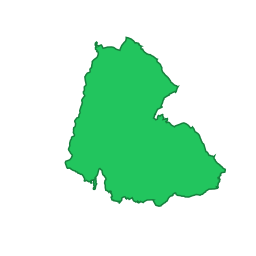 Obarsia-Closani, Mehedinti, Romania, rotated 336°
{"feature_id": "2599482B76871015432444", "entity_name": "Obarsia-Closani", "entity_type": "district", "adm_level": 2, "iso_a3": "ROU", "parent_name": "Romania", "parent_adm1": "Mehedinti", "projection": "mercator", "projection_center": [22.671, 45.057], "detail": "fine", "context": "isolated", "style": "filled", "palette": "green", "viewbox_px": 256, "rotation_deg": 336, "n_neighbors": 0, "source": "geoboundaries", "source_scale": "gbopen_adm2", "svg_char_len": 5870}
<svg xmlns="http://www.w3.org/2000/svg" viewBox="0 0 256 256"><g transform="rotate(336 128 128)"><path d="M195.7,188.7L194.6,189.0L194.0,188.7L193.5,187.8L192.6,187.4L191.7,186.3L190.9,186.0L190.7,183.1L190.3,181.9L189.7,181.5L189.6,181.0L190.6,173.9L190.5,173.2L189.9,172.2L189.8,171.0L189.9,170.8L189.7,169.2L189.9,168.7L189.9,165.9L190.1,165.3L190.1,163.3L189.6,161.6L188.3,159.4L187.9,159.1L187.7,158.6L187.8,155.3L187.3,153.3L186.8,153.7L185.1,153.4L184.2,150.1L182.7,147.7L181.1,146.1L179.2,145.7L176.7,145.7L172.7,145.4L171.8,145.4L170.9,145.8L168.9,143.1L167.9,139.9L167.1,139.1L165.3,138.7L165.2,137.5L166.5,137.4L167.4,136.5L167.8,135.4L166.9,135.3L166.2,134.8L165.7,135.1L163.5,134.5L164.8,133.4L164.5,132.4L164.7,131.6L164.6,131.0L165.2,129.8L165.1,129.7L163.1,129.7L162.2,130.2L161.7,129.8L161.2,129.0L160.4,129.2L159.4,130.2L158.5,131.8L156.7,131.8L156.2,130.4L155.4,129.3L156.6,128.3L157.8,126.8L157.9,126.4L158.0,126.3L158.6,126.7L159.2,125.8L162.6,122.9L167.6,122.8L167.7,122.5L166.8,122.0L168.5,120.0L169.6,119.2L171.3,117.0L172.5,116.3L172.7,115.6L173.7,115.1L177.8,114.6L178.9,114.7L179.0,114.3L179.8,113.9L181.6,113.9L183.3,113.7L185.8,113.8L185.9,114.7L186.7,114.4L189.0,111.7L190.5,110.6L190.2,110.6L189.6,109.7L189.6,109.3L187.9,107.8L186.3,104.2L185.8,103.7L185.9,101.7L185.5,100.8L185.6,100.1L185.3,99.5L185.1,98.2L184.4,96.7L184.4,96.3L183.7,95.4L183.7,94.9L183.4,94.5L183.1,92.7L182.5,91.5L182.5,88.7L183.5,86.5L183.3,85.3L183.4,83.3L183.2,82.5L182.6,81.5L182.5,80.8L181.7,79.8L181.6,79.0L182.1,77.5L182.8,77.1L182.0,76.4L180.2,72.9L179.2,71.8L178.1,70.0L176.7,69.3L175.8,68.2L175.4,68.1L174.5,66.2L173.9,65.6L173.9,65.2L173.5,64.0L173.4,61.9L172.8,62.0L172.0,60.8L172.6,60.0L172.9,58.6L173.5,58.7L173.0,58.2L171.8,56.3L172.3,55.9L171.7,54.5L171.1,54.3L170.0,53.3L169.1,53.3L168.5,50.6L167.8,49.5L167.3,48.3L164.9,45.8L163.2,44.5L162.6,45.9L161.4,47.4L160.3,48.0L159.5,48.2L156.0,50.0L153.2,52.5L152.2,53.8L149.4,51.4L147.7,48.6L146.1,47.4L142.3,45.8L137.7,45.1L137.5,41.4L136.7,41.1L134.2,41.3L134.3,40.7L133.4,39.8L133.0,39.0L134.5,37.7L134.2,36.7L132.9,37.1L132.1,38.1L131.8,39.2L131.8,40.4L132.1,41.3L131.0,41.3L130.4,42.8L131.3,44.6L130.6,45.5L131.6,46.5L130.9,48.4L129.7,49.8L128.4,50.9L124.8,51.7L122.4,52.7L121.6,54.5L120.9,55.3L119.3,57.9L118.9,58.2L118.0,58.2L117.1,58.9L116.5,60.8L116.1,61.3L115.7,61.5L113.2,61.3L111.0,62.5L110.6,63.0L109.4,63.7L108.3,67.4L107.5,71.3L106.7,72.0L105.0,72.5L104.7,72.8L103.5,75.8L103.1,76.2L101.9,76.8L101.4,78.3L101.7,80.6L101.3,81.3L100.1,81.7L97.5,83.3L96.8,84.4L96.8,85.4L96.5,86.5L96.1,86.8L95.4,87.9L93.8,89.3L91.1,92.4L90.8,93.1L90.5,94.4L90.1,94.9L88.5,96.1L88.1,97.1L87.1,98.2L85.4,98.0L82.5,99.6L82.0,100.3L81.9,102.7L80.7,104.7L80.3,105.2L78.5,105.7L77.5,107.4L77.2,108.4L76.2,109.9L76.3,112.4L76.1,112.9L75.4,113.5L73.8,113.3L73.3,113.3L72.6,113.7L71.7,115.2L70.6,115.7L68.7,118.0L68.3,118.7L67.7,120.4L67.2,121.0L65.2,122.9L65.0,123.2L64.9,124.2L65.3,126.4L65.3,127.4L66.0,129.7L65.7,130.9L64.7,131.6L64.2,132.2L62.2,133.3L61.4,133.4L57.6,133.1L56.7,134.0L56.4,135.2L56.3,137.5L56.1,138.7L56.3,140.1L58.2,140.8L59.1,141.6L59.1,142.2L60.6,144.3L62.4,145.9L62.4,146.6L63.9,147.9L63.9,148.9L64.9,149.6L66.0,151.1L66.5,151.2L67.2,152.0L67.3,152.7L67.5,153.2L67.7,156.1L67.7,156.7L67.1,157.9L66.6,158.4L67.0,159.0L68.7,158.9L70.3,161.1L71.2,161.5L72.0,161.3L71.7,163.1L72.2,163.4L72.6,162.1L73.4,160.9L74.7,161.5L75.1,161.2L76.0,161.5L74.0,164.0L74.3,165.0L73.6,166.0L73.4,166.6L73.7,167.2L73.0,168.2L72.3,168.5L71.6,169.4L71.6,170.0L72.6,170.5L73.4,170.1L75.1,167.5L76.7,166.3L76.4,164.7L77.2,163.7L77.8,161.6L78.2,160.9L77.4,160.6L77.5,160.2L80.6,158.6L81.3,158.0L84.3,154.2L85.3,153.5L85.9,153.6L86.1,154.1L86.2,154.8L86.9,155.9L87.0,156.5L86.5,157.6L86.1,160.3L86.6,161.8L87.0,162.0L87.0,163.4L87.4,164.7L86.9,166.2L85.7,166.6L84.2,168.8L84.0,170.9L83.0,173.2L82.4,175.8L83.5,176.8L84.3,178.4L84.4,179.1L85.8,178.3L86.6,178.8L86.6,179.6L86.4,179.8L85.9,179.8L85.8,180.9L86.2,181.3L85.7,184.2L84.4,184.3L84.3,184.8L84.5,185.1L84.1,187.0L84.2,187.3L85.5,188.1L85.3,188.5L88.4,190.6L88.7,191.2L88.9,191.3L89.2,191.1L90.0,191.4L89.5,191.8L89.7,192.6L89.5,192.9L89.6,193.0L93.0,191.3L93.6,189.8L94.0,189.4L95.7,189.2L97.0,189.5L97.4,190.0L97.3,191.2L97.9,191.4L98.0,191.6L97.7,192.2L97.8,192.3L98.6,192.0L99.4,192.0L99.8,192.8L100.0,193.7L103.4,193.4L103.3,194.2L103.6,195.0L103.4,195.4L103.5,196.6L103.9,197.4L104.6,198.0L105.0,198.8L106.6,198.9L107.1,198.6L107.5,198.7L107.1,198.8L107.3,199.2L107.1,199.3L107.0,199.5L106.7,199.5L106.7,199.1L106.4,199.2L106.5,199.8L107.3,200.7L108.7,200.7L109.2,200.2L109.5,200.1L111.6,202.3L112.8,201.8L114.6,201.6L116.3,201.6L121.6,203.7L122.1,204.1L121.5,204.1L122.0,209.8L123.2,211.0L123.9,211.3L124.2,211.8L124.9,212.1L126.5,212.5L127.3,211.8L128.1,211.9L129.9,211.3L131.7,211.2L132.5,210.7L133.6,210.7L134.4,210.3L135.2,209.5L136.9,208.2L138.9,207.5L140.2,207.6L140.5,207.9L141.1,207.6L141.8,207.6L141.9,207.0L142.5,206.7L143.4,206.7L143.6,206.5L144.4,206.4L145.1,206.8L145.0,208.4L145.9,209.7L148.4,211.1L149.2,212.0L151.6,213.2L152.2,214.2L155.6,215.8L159.2,216.0L161.5,216.4L163.3,216.4L163.8,217.0L164.6,217.2L166.5,218.7L167.6,218.5L169.1,218.8L171.9,217.9L172.8,218.0L173.5,217.3L177.1,216.8L182.2,218.8L184.5,219.3L184.9,217.7L185.9,218.6L185.9,219.1L186.3,218.9L186.4,217.8L186.7,217.0L187.8,215.6L187.9,215.1L189.9,214.1L190.1,213.2L190.4,212.9L191.0,212.7L191.1,212.4L190.9,211.5L191.2,211.1L191.2,210.7L190.3,211.2L190.0,211.1L190.2,210.8L190.2,210.3L190.0,210.1L190.3,209.9L190.5,210.0L191.2,210.0L192.0,209.3L193.4,209.0L193.8,208.1L193.6,207.7L195.4,206.9L198.5,207.7L199.8,205.9L199.7,205.4L199.9,205.2L199.0,204.2L198.4,203.2L198.1,201.8L197.3,200.3L196.9,199.8L196.9,199.0L196.6,198.8L196.1,197.6L195.4,196.8L194.5,193.7L194.6,192.3L194.1,191.3L194.6,189.8L195.7,188.7Z" fill="#22c55e" stroke="#15803d" stroke-width="1.5"/></g></svg>